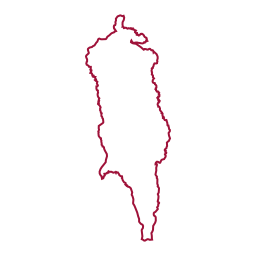 Santa Bárbara, Antioquia, Colombia (Albers equal-area conic projection)
{"feature_id": "7082276B96866833393824", "entity_name": "Santa Bárbara", "entity_type": "district", "adm_level": 2, "iso_a3": "COL", "parent_name": "Colombia", "parent_adm1": "Antioquia", "projection": "albers", "projection_center": [-75.582, 5.865], "detail": "fine", "context": "isolated", "style": "outline", "palette": "rose", "viewbox_px": 256, "rotation_deg": 0, "n_neighbors": 0, "source": "geoboundaries", "source_scale": "gbopen_adm2", "svg_char_len": 5763}
<svg xmlns="http://www.w3.org/2000/svg" viewBox="0 0 256 256"><path d="M123.6,15.8L122.4,16.2L120.6,15.4L120.1,15.4L117.6,16.4L115.9,18.7L116.0,20.4L115.4,22.1L115.6,23.6L115.2,25.1L114.1,25.5L113.8,26.8L114.1,28.6L114.8,29.2L116.0,31.1L114.6,31.5L114.3,32.2L111.9,33.1L110.9,33.8L109.5,35.2L107.4,36.7L106.3,38.7L105.8,39.1L101.9,39.3L100.7,39.2L99.4,38.6L98.7,38.8L98.2,39.3L97.3,41.7L96.4,42.5L94.5,45.4L93.0,46.1L92.0,47.0L89.5,47.6L88.1,48.7L87.9,49.2L88.0,50.3L88.8,52.9L88.6,53.4L86.4,55.4L86.0,56.3L86.3,57.6L87.1,59.3L87.1,61.4L86.5,62.2L86.6,62.7L86.3,63.5L86.7,64.7L88.7,65.9L89.1,66.9L90.8,66.9L90.8,68.4L90.3,69.6L90.6,70.2L91.4,70.2L91.5,70.7L90.8,71.8L90.4,72.8L91.3,72.8L91.4,73.4L92.1,73.9L92.3,75.4L92.8,75.3L93.4,75.5L93.1,76.7L93.8,76.9L94.2,76.5L94.7,77.0L95.3,77.0L95.0,77.8L95.9,79.2L94.9,80.0L95.3,80.4L96.1,80.4L96.1,81.0L97.1,81.5L97.4,81.8L97.0,82.8L96.9,83.7L97.9,85.3L97.5,86.2L96.4,86.4L96.4,88.6L96.8,89.9L97.9,90.5L97.8,91.4L98.1,92.8L97.7,93.5L97.6,94.7L97.9,96.3L98.4,97.3L99.3,98.3L98.9,99.0L98.8,99.8L99.1,100.3L98.6,100.8L98.9,101.5L98.5,101.8L98.8,102.2L98.5,102.7L98.7,103.2L98.1,103.3L98.0,104.0L99.6,105.5L100.6,107.3L100.1,108.4L100.3,109.0L100.0,110.0L100.6,111.1L100.9,112.8L101.7,113.3L101.4,113.9L101.4,116.0L102.1,116.8L102.5,118.4L103.0,118.9L103.3,121.6L103.3,122.4L102.8,123.1L98.8,125.9L98.7,128.3L99.0,129.5L98.8,130.5L98.3,131.5L98.7,132.2L98.4,132.9L98.7,135.9L99.9,137.7L101.0,138.3L100.9,139.5L101.4,140.5L101.3,141.7L101.7,143.3L101.6,144.8L102.5,145.6L102.5,146.5L103.7,147.0L104.0,147.5L104.1,148.6L104.8,150.4L106.8,154.0L107.0,156.2L105.9,160.0L105.7,162.2L101.7,167.2L100.5,169.1L99.6,171.6L99.7,173.6L100.6,175.3L101.5,176.2L102.0,178.8L103.2,178.3L103.6,177.6L103.7,176.4L104.8,175.5L104.9,174.4L104.5,174.2L104.4,173.8L106.7,173.5L107.0,173.2L107.0,172.8L107.3,172.6L108.3,172.7L108.3,171.7L108.5,171.3L109.4,171.8L111.5,171.8L113.3,172.7L115.5,172.1L115.9,172.8L116.2,172.0L117.1,172.5L117.8,172.4L119.2,174.4L119.3,175.1L120.7,176.2L122.0,176.3L122.2,177.4L121.9,178.2L122.4,178.9L122.7,180.2L124.1,182.3L125.5,182.9L125.8,184.0L125.5,184.4L125.8,184.5L125.8,185.0L126.1,185.3L126.2,184.9L126.6,185.6L127.0,185.3L127.4,185.6L127.8,186.6L128.2,186.8L129.4,187.0L130.8,188.3L132.2,192.4L131.7,194.8L132.5,196.2L133.3,198.8L133.4,199.8L133.1,203.0L133.2,203.7L134.3,205.4L135.2,207.5L137.2,212.5L138.2,216.4L139.1,218.9L139.1,221.5L139.3,222.0L140.8,223.8L142.5,224.7L143.1,226.0L142.9,228.0L141.8,229.8L141.7,230.4L142.4,236.4L141.8,239.2L142.5,239.4L144.2,240.6L145.0,240.6L147.4,239.2L148.5,239.3L149.8,239.8L152.1,239.6L151.9,238.6L151.8,235.7L151.4,233.1L152.3,231.7L153.0,229.9L153.2,225.9L155.2,222.6L155.8,220.6L155.7,217.2L155.2,216.3L154.4,215.9L153.9,215.3L153.7,214.2L153.8,213.1L154.2,212.5L155.4,211.9L157.8,209.1L157.7,208.5L157.1,207.3L158.2,205.9L158.2,204.0L158.9,203.5L159.1,202.9L158.8,202.4L157.8,201.8L157.7,201.4L158.3,198.8L158.5,196.7L158.4,195.8L157.8,194.1L158.7,192.6L159.0,188.3L158.6,187.4L157.7,186.5L157.9,185.2L157.3,183.8L157.4,179.1L156.7,177.9L157.0,176.9L156.9,176.6L155.7,175.0L155.5,174.4L156.3,170.5L156.2,167.8L156.9,165.2L156.9,164.5L156.7,164.1L155.5,164.3L155.5,163.9L155.9,162.6L157.0,161.7L158.1,161.9L159.5,162.8L160.2,162.7L161.3,160.2L162.1,159.6L164.1,159.1L165.6,156.7L165.7,155.7L164.9,154.5L164.9,154.2L166.1,153.3L166.3,152.8L166.2,152.4L165.3,151.9L165.7,150.8L164.9,150.5L164.7,150.0L165.0,149.3L166.4,148.2L166.5,147.3L167.1,146.0L166.9,142.6L168.0,141.5L168.8,141.0L170.0,138.4L169.0,135.6L168.6,133.0L169.8,131.3L169.9,130.0L169.2,129.3L168.4,125.5L167.7,125.5L167.5,125.3L167.3,122.9L166.6,120.9L166.6,120.3L166.4,120.0L165.5,120.2L164.7,120.0L164.0,118.7L162.9,118.1L162.9,117.7L163.8,117.2L163.5,116.7L163.1,116.7L162.7,116.3L162.4,115.0L162.6,113.9L161.6,113.2L162.0,112.7L160.1,110.3L159.9,109.7L160.0,108.5L159.3,106.8L158.2,106.6L158.3,106.0L157.7,104.9L157.6,104.2L158.1,102.9L158.6,102.7L158.7,101.9L159.3,101.8L159.7,100.9L159.1,100.1L158.8,100.6L158.4,100.5L158.1,99.7L158.2,98.9L157.6,98.4L157.3,97.8L157.5,97.6L157.9,97.8L158.0,97.1L158.4,97.1L158.5,96.5L159.0,96.6L159.4,96.2L159.4,94.7L158.7,94.2L158.6,93.8L159.2,92.9L158.2,91.6L157.2,91.8L156.6,91.2L156.5,90.6L156.0,90.2L156.0,89.5L155.5,89.1L155.9,88.7L155.8,88.1L156.4,87.6L156.4,85.8L155.7,84.7L155.0,84.3L154.8,83.1L153.4,82.9L152.8,82.2L152.6,81.5L152.8,80.1L153.3,79.4L153.4,79.0L154.0,78.4L152.9,77.2L153.0,76.2L152.9,75.4L151.8,74.5L152.1,72.9L151.8,72.2L151.9,71.7L151.5,70.9L151.9,69.4L151.7,68.6L151.9,68.2L152.9,67.9L152.9,67.1L153.4,66.4L153.8,64.6L154.5,63.4L156.1,63.5L157.0,63.2L157.1,62.3L157.4,61.5L157.1,60.6L157.7,58.2L157.6,56.5L156.6,54.2L154.2,52.0L153.8,51.9L153.5,52.3L153.2,50.7L152.6,50.2L151.4,50.3L150.1,48.9L149.7,48.8L148.5,49.2L148.0,49.6L147.1,49.6L145.9,49.1L144.5,49.0L144.3,49.4L143.7,49.7L140.8,47.1L136.0,43.8L133.3,43.4L132.4,43.1L131.0,42.2L131.1,41.0L131.4,40.5L132.1,41.9L133.4,42.9L134.3,42.9L135.2,42.6L137.0,42.5L138.6,42.9L140.0,43.0L140.8,43.3L142.8,43.4L143.7,42.9L144.1,42.3L144.8,42.6L145.3,41.9L147.2,41.0L146.3,40.3L146.9,39.4L146.9,39.1L146.4,38.6L146.4,37.8L144.8,37.0L144.2,36.3L144.0,35.5L142.5,34.0L142.0,33.8L141.5,34.0L141.2,33.8L140.7,33.9L140.1,34.7L139.2,34.9L138.8,35.5L137.6,34.8L137.0,34.9L136.8,34.8L137.1,34.0L136.8,33.9L136.9,33.1L136.0,33.2L135.7,32.7L135.1,32.3L135.3,31.8L135.1,31.5L135.2,31.1L135.9,30.6L135.6,30.3L134.4,30.2L133.8,29.4L133.3,29.2L133.2,29.0L133.0,29.3L132.4,29.3L132.2,28.8L131.6,28.9L131.5,28.4L130.8,28.7L130.3,28.2L129.5,28.5L128.5,28.2L127.7,28.7L126.9,28.4L126.5,27.9L125.1,27.7L124.7,28.0L124.2,27.7L123.8,27.9L123.6,27.2L123.0,26.9L122.9,26.7L122.6,26.7L122.8,26.3L122.5,24.5L122.6,22.2L123.8,19.9L124.2,17.6L123.6,15.8Z" fill="none" stroke="#9f1239" stroke-width="2"/></svg>